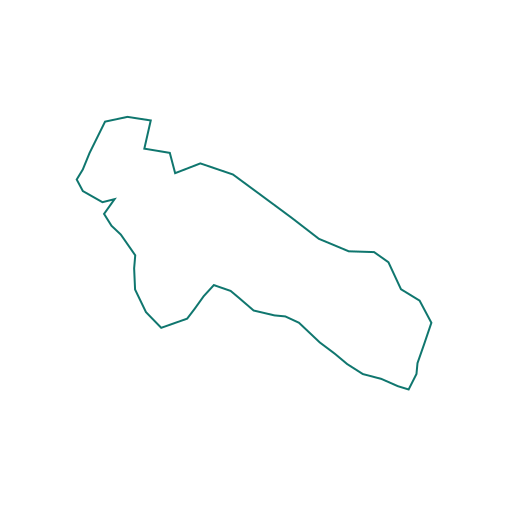 the district of Pano Zodeia, Cyprus, rotated 62°
{"feature_id": "46923920B9088194369426", "entity_name": "Pano Zodeia", "entity_type": "district", "adm_level": 2, "iso_a3": "CYP", "parent_name": "Cyprus", "parent_adm1": "", "projection": "albers", "projection_center": [33.002, 35.145], "detail": "fine", "context": "isolated", "style": "outline", "palette": "teal", "viewbox_px": 512, "rotation_deg": 62, "n_neighbors": 0, "source": "geoboundaries", "source_scale": "gbopen_adm2", "svg_char_len": 783}
<svg xmlns="http://www.w3.org/2000/svg" viewBox="0 0 512 512"><g transform="rotate(62 256 256)"><path d="M66.5,326.2L86.9,354.6L98.3,368.3L104.3,378.4L117.4,378.4L136.4,366.3L139.4,354.2L147.5,370.4L161.5,369.4L173.6,365.3L198.7,362.3L209.7,369.4L228.8,378.5L253.9,379.5L274.9,373.4L279.0,346.2L273.9,335.1L266.9,321.0L261.9,306.9L274.9,294.8L285.0,290.7L303.0,283.7L317.1,267.6L323.1,258.5L335.1,249.4L362.2,240.3L379.3,232.3L394.3,226.2L410.4,217.1L423.4,203.0L437.5,191.9L445.5,183.9L435.5,169.7L426.4,163.7L413.4,149.6L397.3,132.5L372.2,132.5L353.4,143.6L323.7,142.0L308.0,149.9L295.4,171.9L270.4,192.4L239.0,206.6L206.1,222.3L173.2,238.1L148.1,261.7L144.9,288.5L124.5,283.7L108.8,304.2L86.9,285.3L72.8,304.2L66.5,326.2Z" fill="none" stroke="#0f766e" stroke-width="2"/></g></svg>